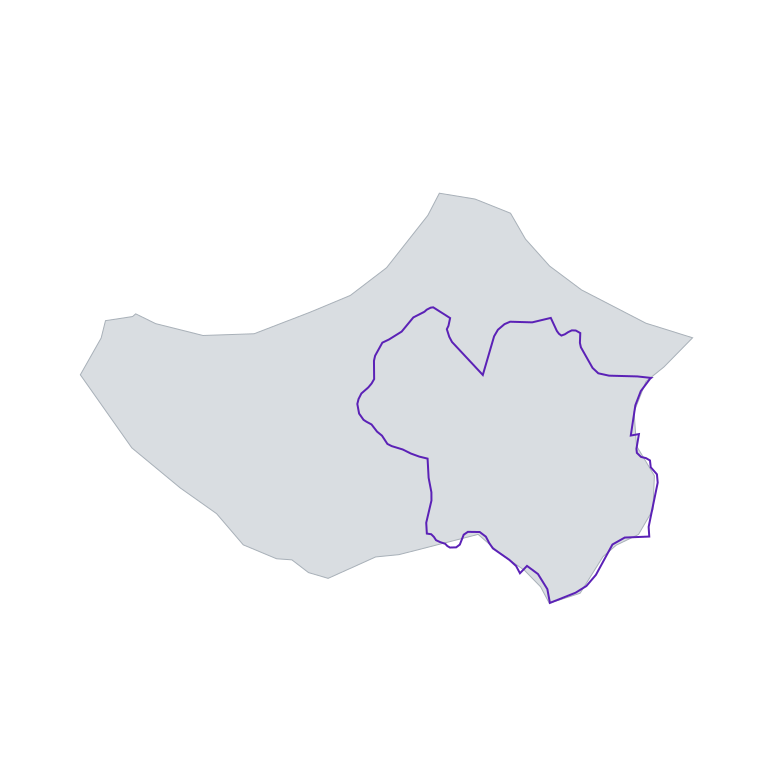 location of Luxembourg within Luxembourg, rotated 285°
{"feature_id": "LUX-908", "entity_name": "Luxembourg", "entity_type": "District", "adm_level": 1, "iso_a3": "LUX", "parent_name": "Luxembourg", "parent_adm1": "", "projection": "albers", "projection_center": [6.069, 49.636], "detail": "fine", "context": "in_parent", "style": "outline", "palette": "violet", "viewbox_px": 768, "rotation_deg": 285, "n_neighbors": 0, "source": "natural_earth", "source_scale": "10m", "svg_char_len": 2013}
<svg xmlns="http://www.w3.org/2000/svg" viewBox="0 0 768 768"><g transform="rotate(285 384 384)"><path d="M387.5,126.0L383.2,147.8L384.0,196.6L398.9,245.5L433.9,293.6L460.9,328.6L497.0,356.4L558.2,382.7L582.6,388.1L586.2,424.0L581.7,462.0L560.6,483.1L540.8,513.4L526.0,550.4L510.5,621.3L508.5,670.1L472.9,650.0L454.3,636.4L421.9,632.7L389.6,643.9L365.4,668.9L332.2,676.3L304.6,668.8L288.5,650.1L273.9,640.2L232.7,627.6L215.0,600.4L228.6,587.8L240.4,567.9L250.5,539.8L263.1,513.8L223.0,442.5L214.8,420.7L181.8,380.3L182.3,359.9L190.3,340.5L187.4,325.5L192.2,289.7L215.4,255.9L230.9,214.0L257.0,157.0L314.3,88.3L355.2,98.9L373.1,98.6L384.1,123.7L387.5,126.0Z" fill="#d9dde1" stroke="#a8b0b8" stroke-width="1"/><path d="M215.5,600.9L228.1,594.9L240.3,581.9L245.3,569.2L236.4,564.3L242.4,558.7L246.6,550.5L253.4,531.7L257.6,526.8L262.9,521.9L265.8,514.8L262.9,503.3L259.1,500.0L248.5,498.8L244.9,496.0L243.1,490.0L243.9,487.1L245.5,484.5L245.8,479.2L246.6,474.7L249.2,471.8L251.1,468.5L250.6,464.1L260.9,460.7L283.7,460.0L291.7,457.8L304.9,451.4L323.2,445.4L323.0,436.8L323.8,427.9L325.6,419.0L326.0,407.5L327.0,402.8L333.6,395.4L336.2,389.6L341.7,382.4L343.0,376.9L344.1,373.5L349.0,367.6L357.8,363.4L362.9,363.3L369.0,364.6L376.6,369.7L381.3,371.9L386.2,373.2L403.8,368.3L409.0,368.1L423.5,371.7L428.3,377.3L439.2,387.5L455.9,395.1L464.3,404.4L466.8,406.0L469.8,409.3L470.8,411.7L464.8,430.8L456.9,431.2L453.2,430.5L446.5,434.8L442.2,438.8L418.3,477.1L458.6,478.0L465.9,480.0L473.0,484.9L476.8,489.7L481.9,511.2L491.0,528.0L479.9,537.3L477.8,540.0L476.7,542.8L478.8,545.8L481.7,548.4L484.4,551.5L485.3,555.4L484.0,560.4L474.4,562.6L470.4,564.7L453.5,581.3L449.8,588.2L450.3,599.2L456.9,626.8L459.0,640.4L458.1,639.7L443.6,633.9L428.5,632.3L398.1,635.7L401.6,643.2L386.7,644.6L382.9,646.1L380.1,651.1L380.2,656.3L379.0,660.7L372.6,663.2L367.4,671.0L359.6,673.9L314.5,676.6L305.3,679.7L298.0,656.3L288.1,646.2L254.5,638.1L241.3,631.8L232.0,623.1L215.5,600.9Z" fill="none" stroke="#5b21b6" stroke-width="2"/></g></svg>